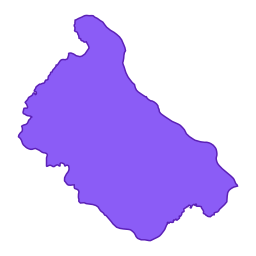 Phonthong, Champasak, Laos (Mercator projection)
{"feature_id": "54806243B67434402908614", "entity_name": "Phonthong", "entity_type": "district", "adm_level": 2, "iso_a3": "LAO", "parent_name": "Laos", "parent_adm1": "Champasak", "projection": "mercator", "projection_center": [105.67, 15.132], "detail": "fine", "context": "isolated", "style": "filled", "palette": "violet", "viewbox_px": 256, "rotation_deg": 0, "n_neighbors": 0, "source": "geoboundaries", "source_scale": "gbopen_adm2", "svg_char_len": 5712}
<svg xmlns="http://www.w3.org/2000/svg" viewBox="0 0 256 256"><path d="M231.0,176.1L222.2,168.7L219.2,165.6L218.1,164.2L217.4,163.1L216.7,161.3L216.3,159.5L216.2,158.0L216.9,155.1L216.9,153.4L216.7,151.7L216.3,149.8L215.8,148.5L215.0,147.3L213.3,145.3L210.8,143.6L208.9,142.8L206.9,142.3L204.6,142.3L200.6,141.8L194.9,140.2L193.0,139.0L189.4,136.6L186.4,133.8L184.4,129.8L183.0,128.1L181.2,126.2L179.8,125.0L178.2,124.1L172.1,121.4L165.0,116.7L161.9,114.5L160.6,113.4L159.4,111.7L159.0,109.3L158.2,107.7L157.9,105.8L156.9,104.4L156.2,103.6L154.3,102.1L152.8,101.3L151.8,100.9L150.8,100.9L148.5,99.5L147.4,98.5L146.8,97.7L146.5,97.0L146.2,96.7L145.5,96.8L142.5,94.9L138.3,92.0L136.5,90.2L135.4,88.0L134.9,86.3L134.5,84.5L132.2,82.5L129.0,78.4L127.8,76.6L125.8,72.5L124.1,67.0L123.1,64.4L122.7,62.8L123.2,61.1L123.7,58.2L123.9,55.4L124.4,52.7L125.5,50.7L124.9,47.7L123.8,44.9L121.6,39.8L119.4,36.8L116.6,34.3L114.1,32.4L110.5,30.3L106.6,27.2L104.9,25.0L102.9,22.2L101.9,21.5L100.3,20.6L97.5,18.5L94.5,17.0L93.4,15.9L92.8,15.7L91.5,15.6L89.2,15.7L86.7,15.4L85.0,15.6L83.7,16.1L81.8,17.1L78.7,18.4L76.1,19.8L75.1,20.1L75.0,21.9L74.9,22.5L75.0,23.6L74.8,24.2L74.3,24.9L74.2,25.5L74.3,26.1L75.0,27.6L74.9,28.7L74.9,29.5L74.8,29.9L74.6,30.2L74.6,30.6L74.8,31.0L75.2,31.4L76.2,31.7L77.0,32.1L77.4,32.6L77.8,33.6L78.0,34.5L78.6,35.3L79.0,37.7L79.0,38.2L79.2,38.4L79.9,38.6L80.6,38.6L80.7,38.9L80.8,39.4L81.0,40.2L81.7,40.7L82.3,40.8L82.9,41.0L84.0,42.0L84.9,42.1L86.4,41.9L86.9,43.1L87.9,44.8L88.4,45.8L88.9,47.2L88.9,48.2L84.9,54.0L82.1,56.0L81.2,56.3L79.8,56.6L76.1,55.7L74.9,54.8L73.4,53.9L70.9,53.0L69.0,53.2L68.6,53.8L68.7,54.9L67.7,58.1L67.3,58.8L66.7,59.2L65.2,59.7L63.2,59.5L62.1,59.6L61.4,59.9L60.7,60.3L59.9,61.2L57.4,65.0L56.7,64.9L56.2,65.0L56.0,65.4L56.1,66.2L54.1,68.7L53.0,69.8L52.6,70.5L52.1,71.9L51.8,72.0L51.0,72.2L50.7,72.5L50.5,73.0L50.5,73.7L49.6,75.0L48.4,76.2L48.3,76.7L48.0,79.1L47.8,79.5L46.5,80.1L45.8,80.1L45.6,80.2L45.4,80.5L44.8,81.9L44.7,82.3L43.8,83.2L43.5,83.3L43.0,83.2L40.2,84.3L39.5,84.2L37.5,85.7L36.3,86.7L36.0,87.1L35.5,88.6L34.6,89.9L34.2,90.9L34.4,91.2L35.9,91.7L36.2,92.1L36.4,92.8L36.4,93.6L35.9,94.4L35.5,94.6L35.3,94.5L35.1,94.3L34.7,93.3L34.4,93.1L34.0,92.9L33.5,93.0L33.2,93.3L32.5,94.7L31.9,95.5L28.6,97.5L27.9,99.0L27.2,100.0L25.3,102.1L25.2,102.5L26.4,104.0L27.1,105.5L27.6,106.9L27.5,107.5L27.4,107.8L26.9,108.1L26.2,108.2L25.7,108.1L24.7,108.2L24.1,108.3L23.7,109.1L23.6,109.9L23.0,112.2L23.2,113.1L23.5,113.6L24.0,113.9L24.9,114.2L26.2,115.1L27.3,115.6L30.3,116.1L31.4,116.6L31.8,116.9L31.8,117.1L30.7,117.8L30.0,119.1L29.1,119.8L28.8,120.1L27.7,122.7L27.3,123.3L26.3,124.2L25.6,124.5L23.5,125.1L21.9,126.0L21.7,126.2L22.3,127.9L22.4,130.1L21.9,131.6L20.6,132.6L19.7,133.8L18.8,135.2L18.6,136.1L18.5,136.8L20.1,138.2L20.7,139.0L21.5,140.4L22.6,143.6L23.5,145.0L25.9,147.2L27.2,148.1L28.8,148.8L30.4,149.3L32.1,149.3L34.1,148.7L35.0,148.6L35.3,148.5L35.8,148.6L39.4,150.3L41.9,152.1L43.3,152.7L44.4,152.8L45.6,153.1L46.5,153.6L47.1,154.2L47.4,154.9L46.5,157.9L46.5,166.0L46.8,166.3L47.7,166.1L48.5,165.6L49.5,165.3L50.6,165.3L51.6,165.7L52.6,166.4L53.3,166.6L54.3,166.5L55.8,165.4L57.0,164.9L57.6,164.9L58.1,165.1L59.3,166.0L60.0,165.8L60.1,163.6L60.7,163.0L61.8,162.9L63.7,163.7L64.4,164.6L64.7,165.7L65.1,166.0L66.3,165.3L67.2,165.2L67.7,165.3L68.6,165.9L68.9,167.1L69.1,169.0L68.6,170.8L67.8,172.3L66.6,173.8L65.4,176.0L64.6,177.8L64.5,180.5L64.6,181.0L65.4,181.9L66.4,183.3L67.5,184.6L68.7,185.1L70.8,185.2L72.5,184.9L74.2,184.9L74.3,187.6L74.6,188.3L75.0,188.6L77.0,189.3L77.9,189.8L78.8,191.2L78.9,192.4L78.5,194.0L78.4,196.9L78.5,198.1L78.9,199.1L78.8,201.2L79.2,201.8L80.4,203.0L84.2,202.7L86.1,203.6L92.8,204.5L95.9,205.5L98.0,206.9L100.0,210.0L100.9,211.1L103.5,213.1L104.3,214.5L104.9,215.2L106.1,215.5L111.2,221.5L113.0,223.9L116.6,227.2L120.0,228.4L123.3,228.9L128.5,229.4L130.5,229.8L132.4,231.2L133.5,232.2L134.4,233.2L135.3,234.8L136.1,236.6L137.5,238.2L138.2,238.6L141.2,239.8L144.8,239.8L149.2,240.6L150.5,240.6L157.7,237.1L159.6,235.9L161.3,234.1L163.6,231.1L164.8,229.3L166.7,224.8L167.1,224.4L167.3,224.1L167.3,222.8L167.5,222.5L167.8,222.3L168.2,222.4L168.6,223.1L169.0,223.2L169.5,222.6L170.1,222.2L170.4,222.2L171.8,222.4L172.7,222.4L173.4,222.0L173.5,221.8L173.3,220.9L173.4,220.4L173.6,220.1L174.6,220.1L175.1,219.9L175.7,219.3L175.9,219.2L176.3,219.4L176.7,220.1L177.1,220.1L178.1,219.3L179.3,218.3L179.5,218.0L179.5,217.5L179.3,216.5L179.3,216.2L179.6,216.1L180.0,216.4L180.5,216.2L181.0,215.6L181.5,214.8L181.7,214.2L181.9,213.0L182.2,212.4L182.7,212.1L183.6,211.8L184.0,211.4L184.0,210.7L183.8,209.5L183.8,209.1L184.0,208.8L184.6,208.4L185.9,207.7L186.5,207.0L186.9,206.7L187.2,206.7L187.6,206.8L187.8,206.7L188.5,205.5L188.8,205.3L189.3,205.2L189.9,205.4L191.0,206.3L191.2,206.5L191.2,206.8L191.1,207.0L190.3,207.2L190.2,207.4L190.3,207.7L190.4,207.8L190.9,208.0L191.3,207.6L191.9,206.0L192.2,205.6L193.4,204.6L193.9,204.4L194.2,204.5L194.6,205.1L195.0,205.3L195.3,205.0L195.5,204.3L195.8,204.1L196.3,204.2L196.4,204.3L196.4,204.6L196.2,205.4L196.2,205.8L196.4,206.1L198.0,206.3L199.0,206.2L200.2,206.4L201.1,206.6L201.4,207.0L201.4,207.6L201.6,208.0L202.8,209.8L203.5,211.1L203.6,211.5L203.4,212.8L203.5,213.4L203.9,213.7L204.6,213.9L205.6,214.7L205.7,215.0L206.5,215.4L207.5,216.2L208.2,216.5L208.7,216.6L209.4,216.6L210.1,216.8L211.0,216.2L212.4,215.0L213.5,214.7L214.2,214.7L214.1,213.3L214.3,212.9L214.8,212.6L216.9,212.0L217.5,211.9L218.3,211.1L218.7,210.8L219.4,209.4L224.6,204.5L226.8,201.8L227.2,196.1L227.7,192.7L228.3,191.6L229.0,190.4L229.8,189.6L231.2,188.5L233.7,187.1L237.5,186.1L237.3,185.3L236.8,184.5L236.2,184.1L235.7,183.4L233.9,179.2L232.9,177.9L231.0,176.1Z" fill="#8b5cf6" stroke="#5b21b6" stroke-width="1.5"/></svg>